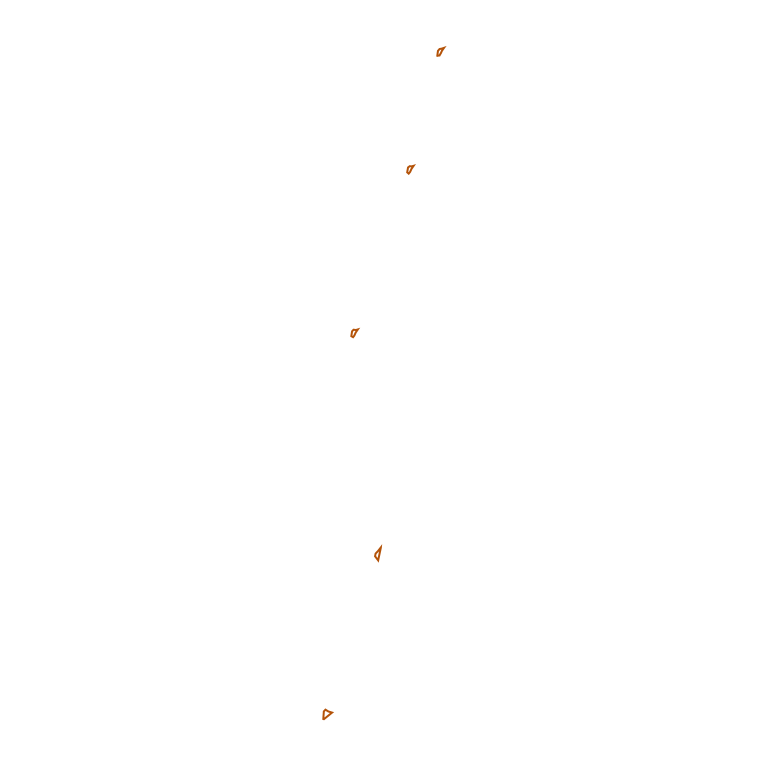 map outline of Gaafu Alifu (Equal Earth projection), rotated 24°
{"feature_id": "MDV-5240", "entity_name": "Gaafu Alifu", "entity_type": "Atoll", "adm_level": 1, "iso_a3": "MDV", "parent_name": "Maldives", "parent_adm1": "", "projection": "equal_earth", "projection_center": [73.409, 0.614], "detail": "fine", "context": "isolated", "style": "outline", "palette": "amber", "viewbox_px": 768, "rotation_deg": 24, "n_neighbors": 0, "source": "natural_earth", "source_scale": "10m", "svg_char_len": 744}
<svg xmlns="http://www.w3.org/2000/svg" viewBox="0 0 768 768"><g transform="rotate(24 384 384)"><path d="M470.2,705.3L465.1,715.3L465.1,715.5L462.8,709.2L462.2,707.6L463.0,705.3L466.3,705.8L470.2,705.3ZM447.6,534.6L447.7,534.9L450.4,547.5L445.9,545.0L445.3,542.3L446.5,539.0L447.6,534.6ZM337.9,344.8L337.2,348.6L337.2,351.9L336.7,353.8L334.7,353.6L333.4,348.9L334.1,346.8L336.4,346.1L337.9,344.8ZM322.3,172.6L321.6,176.4L321.6,179.6L321.0,181.8L320.1,181.5L319.1,181.2L317.9,176.4L318.9,174.6L319.0,174.6L319.9,174.2L320.8,173.9L322.3,172.6ZM302.1,52.5L301.5,55.5L301.4,55.9L301.4,58.9L301.2,60.0L301.1,61.3L300.2,61.8L299.3,62.5L299.2,62.5L297.8,57.7L298.5,55.4L300.5,54.0L302.1,52.5Z" fill="none" stroke="#b45309" stroke-width="2"/></g></svg>